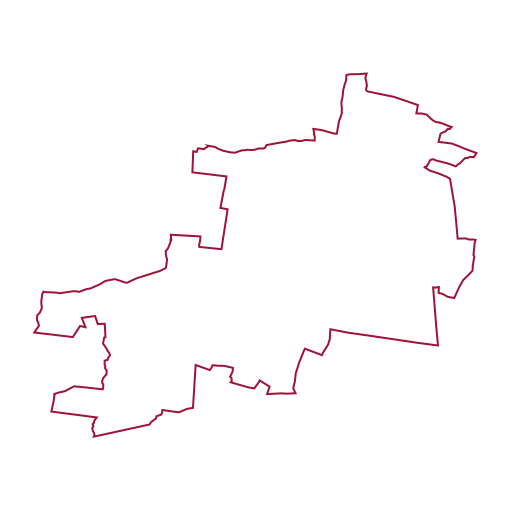 Mama, Yucatán, Mexico, rotated 272°
{"feature_id": "50627088B18700427518498", "entity_name": "Mama", "entity_type": "district", "adm_level": 2, "iso_a3": "MEX", "parent_name": "Mexico", "parent_adm1": "Yucatán", "projection": "equal_earth", "projection_center": [-89.374, 20.51], "detail": "fine", "context": "isolated", "style": "outline", "palette": "rose", "viewbox_px": 512, "rotation_deg": 272, "n_neighbors": 0, "source": "geoboundaries", "source_scale": "gbopen_adm2", "svg_char_len": 4195}
<svg xmlns="http://www.w3.org/2000/svg" viewBox="0 0 512 512"><g transform="rotate(272 256 256)"><path d="M254.5,473.0L255.5,473.3L256.5,473.3L263.1,474.2L264.5,473.3L274.1,473.9L277.0,474.1L279.7,474.9L280.1,472.5L279.9,469.9L280.1,467.3L280.8,465.6L280.8,463.5L280.4,456.9L290.1,455.7L294.9,455.1L312.1,452.9L339.9,447.2L340.7,445.7L341.7,444.0L345.0,435.2L347.4,426.7L350.5,421.4L351.0,421.7L351.1,422.4L351.2,422.7L351.6,423.5L351.9,423.9L352.4,424.1L353.0,424.2L353.5,424.4L354.0,424.8L355.0,425.5L356.0,425.9L357.2,426.2L358.2,427.2L358.5,428.2L358.9,429.6L358.6,430.5L357.8,432.4L357.2,434.9L356.9,436.8L356.3,439.1L355.6,442.6L354.6,446.6L352.5,452.5L353.2,453.3L354.4,454.3L355.6,456.3L361.1,461.5L361.6,464.8L362.6,466.4L362.4,470.3L366.6,472.7L368.0,468.5L371.0,459.4L372.7,455.2L375.3,447.5L375.4,445.8L376.4,434.4L377.8,434.7L378.1,434.8L378.3,434.8L384.5,436.1L385.2,436.9L386.9,440.3L387.0,440.5L387.1,441.0L389.9,443.4L389.5,444.9L391.8,447.0L392.5,444.4L395.2,436.9L395.4,435.2L395.8,435.1L396.0,432.7L396.3,430.6L397.4,428.7L398.9,426.4L400.7,424.6L402.1,423.0L403.2,421.8L404.2,416.6L404.1,411.3L412.5,412.5L419.6,389.2L419.9,388.4L420.6,383.8L424.1,363.3L424.4,362.0L424.9,360.8L426.5,360.1L427.9,360.4L429.9,360.9L430.9,360.7L431.9,360.6L438.1,359.1L439.8,359.5L442.2,360.2L442.0,357.7L441.4,353.8L440.9,343.5L440.1,340.1L434.3,339.8L430.5,338.6L425.0,337.4L418.7,337.0L416.6,336.7L416.1,336.6L413.2,336.0L409.5,336.2L405.6,336.8L403.9,336.5L402.9,336.8L401.7,336.8L400.4,336.4L398.8,336.0L393.6,334.2L381.0,332.5L381.2,329.1L383.8,318.8L384.4,315.1L385.0,308.9L380.6,309.8L379.9,309.6L377.5,310.6L375.6,310.6L373.4,310.6L373.7,301.5L372.4,296.9L372.4,293.5L373.0,291.9L373.2,290.7L372.5,285.8L371.2,281.7L370.2,276.2L367.2,262.6L364.4,261.2L363.6,259.3L363.6,254.9L362.3,251.4L361.8,249.2L361.8,247.2L361.8,243.9L361.8,243.3L361.3,241.0L361.1,238.3L358.5,231.3L358.7,226.9L360.0,219.6L362.0,213.9L363.0,212.4L363.9,209.6L364.0,207.4L364.5,204.2L364.1,204.7L363.3,203.4L362.3,201.8L361.0,200.1L361.2,198.3L361.4,196.6L361.4,195.8L361.5,195.5L361.5,195.1L361.5,194.8L361.6,194.3L360.2,193.8L357.9,193.1L358.5,189.6L337.4,189.5L334.5,223.7L321.5,222.0L320.4,221.5L302.8,218.8L301.7,226.0L261.6,221.2L263.1,199.0L264.5,198.7L269.8,199.7L273.6,199.7L274.3,170.1L269.9,170.7L269.7,170.1L268.7,170.1L268.5,170.6L260.6,167.8L257.5,165.5L251.9,166.4L249.6,167.3L242.5,166.6L240.8,166.2L237.5,160.1L236.8,157.9L229.7,137.8L227.3,132.9L224.9,128.5L224.7,127.2L227.9,116.1L227.6,113.9L225.8,106.3L222.3,101.0L217.8,91.7L216.8,87.1L214.0,80.6L214.5,76.7L214.3,73.7L211.9,61.1L212.2,59.5L212.5,56.8L212.5,47.6L212.9,44.8L210.6,43.7L204.0,43.1L202.1,43.0L196.7,43.8L192.1,42.1L189.0,39.4L184.0,39.4L182.0,40.6L178.8,41.5L171.8,37.1L168.6,75.8L179.9,82.6L178.9,88.0L188.1,84.1L190.4,97.3L182.5,100.2L183.0,107.2L169.6,108.4L169.2,107.1L163.1,106.2L157.7,110.2L156.1,110.9L154.5,112.3L151.8,113.6L148.8,111.6L147.1,111.5L146.1,108.4L142.1,108.5L140.2,109.4L138.9,108.9L136.1,110.8L132.5,110.7L130.1,108.6L129.4,108.2L128.5,107.4L126.0,106.7L123.8,106.7L122.5,107.8L121.6,107.9L118.2,107.8L117.4,107.4L118.7,90.5L119.3,80.8L119.4,78.7L114.2,69.7L112.7,63.8L111.0,59.2L110.7,59.1L109.9,59.5L107.1,59.1L104.3,58.9L93.4,56.9L89.1,102.5L86.0,100.3L83.3,99.7L82.2,98.5L80.2,99.5L78.8,98.6L78.1,98.4L75.1,99.1L74.1,100.1L71.7,100.8L69.8,100.2L83.9,155.5L86.4,157.0L90.2,161.8L92.3,162.0L94.2,166.9L96.8,167.7L98.8,167.8L97.9,176.3L97.1,184.5L100.8,192.3L102.0,198.3L145.0,199.5L140.4,213.7L142.1,215.0L145.3,216.4L145.0,221.5L145.1,224.5L145.0,228.7L143.4,236.8L140.1,236.8L136.7,235.4L134.4,234.3L133.3,235.7L130.1,236.1L128.9,235.1L124.4,253.1L123.6,258.9L129.9,263.2L131.8,264.0L125.9,274.1L118.4,271.9L119.6,285.8L119.5,291.9L120.2,300.3L124.7,298.0L126.5,298.0L132.2,299.3L140.1,299.8L147.5,301.9L150.1,302.5L160.1,306.2L161.2,306.5L165.1,308.1L159.2,325.3L160.9,325.9L170.0,331.1L175.3,332.6L185.4,332.9L182.7,349.9L180.7,368.5L180.7,368.8L174.9,420.3L172.9,441.0L193.3,438.4L230.8,434.1L230.7,436.8L231.4,439.8L225.4,439.8L225.0,442.3L224.3,444.5L221.9,449.0L220.9,455.6L231.7,460.0L239.3,464.0L244.9,469.4L248.9,472.9L254.5,473.0Z" fill="none" stroke="#9f1239" stroke-width="2"/></g></svg>